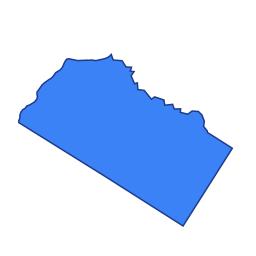 outline of Clinton, Iowa, United States of America, rotated 212°
{"feature_id": "52423323B69668368996820", "entity_name": "Clinton", "entity_type": "district", "adm_level": 2, "iso_a3": "USA", "parent_name": "United States of America", "parent_adm1": "Iowa", "projection": "orthographic", "projection_center": [-90.349, 41.881], "detail": "fine", "context": "isolated", "style": "filled", "palette": "blue", "viewbox_px": 256, "rotation_deg": 212, "n_neighbors": 0, "source": "geoboundaries", "source_scale": "gbopen_adm2", "svg_char_len": 1135}
<svg xmlns="http://www.w3.org/2000/svg" viewBox="0 0 256 256"><g transform="rotate(212 128 128)"><path d="M29.2,104.8L28.8,166.1L58.2,166.3L59.3,167.5L64.6,169.3L66.9,174.2L72.3,178.3L77.1,179.3L82.6,176.4L84.6,171.4L91.9,169.0L93.5,172.1L98.9,168.6L102.7,171.7L108.9,166.8L112.4,170.8L121.9,168.5L123.4,164.8L134.2,168.5L140.0,165.8L144.0,171.2L145.9,169.0L153.0,173.9L152.8,179.0L156.2,177.4L157.2,181.4L162.0,178.7L168.7,181.9L176.6,177.8L181.2,181.5L181.5,179.6L182.7,176.8L184.8,174.1L191.1,168.0L195.1,166.3L196.3,165.2L198.9,163.6L200.6,162.5L205.8,158.9L207.2,158.2L214.8,155.4L216.4,154.0L216.6,153.2L216.7,152.3L216.4,148.6L215.8,144.9L215.9,143.8L216.3,141.3L216.5,140.8L218.1,137.7L218.7,136.4L218.7,133.3L219.4,129.7L220.7,127.1L222.8,122.1L223.7,119.1L223.8,115.9L224.1,111.2L224.2,110.5L223.9,109.8L222.8,108.0L221.8,107.1L221.0,105.6L220.7,104.2L220.9,101.7L221.4,99.9L223.6,95.4L224.9,93.9L225.6,92.8L225.6,90.4L227.0,87.7L227.2,85.1L226.9,83.1L226.2,81.1L225.0,79.3L224.8,78.3L224.6,77.0L224.3,76.0L224.1,75.5L223.4,74.7L120.6,74.8L29.4,74.1L29.2,104.8Z" fill="#3b82f6" stroke="#1e3a8a" stroke-width="1.5"/></g></svg>